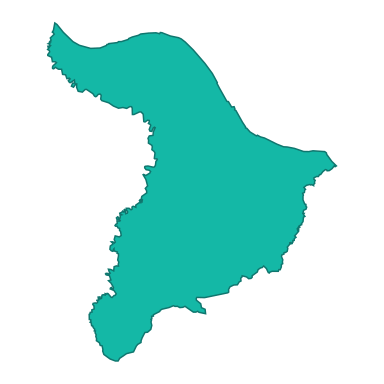 the district of Karawang, Jawa Barat, Indonesia
{"feature_id": "22746128B53840275251202", "entity_name": "Karawang", "entity_type": "district", "adm_level": 2, "iso_a3": "IDN", "parent_name": "Indonesia", "parent_adm1": "Jawa Barat", "projection": "orthographic", "projection_center": [107.411, -6.265], "detail": "fine", "context": "isolated", "style": "filled", "palette": "teal", "viewbox_px": 384, "rotation_deg": 0, "n_neighbors": 0, "source": "geoboundaries", "source_scale": "gbopen_adm2", "svg_char_len": 5937}
<svg xmlns="http://www.w3.org/2000/svg" viewBox="0 0 384 384"><path d="M92.8,304.5L93.9,305.8L94.2,308.9L91.8,309.9L92.0,312.1L90.2,312.4L89.9,313.9L89.2,314.3L89.3,319.5L90.7,319.7L90.9,321.4L90.1,322.2L91.2,322.8L91.6,325.7L92.6,325.9L93.3,327.7L94.7,329.1L94.3,330.9L95.4,331.0L95.1,332.9L96.2,334.8L95.8,336.3L96.6,338.7L96.4,340.7L99.4,342.7L100.2,345.4L102.1,345.8L102.9,349.6L102.7,351.1L103.9,354.5L110.1,359.0L115.4,361.0L118.1,361.0L119.7,358.3L126.6,353.6L133.5,351.9L136.3,346.1L137.7,344.4L141.0,342.5L141.1,340.7L142.1,337.9L144.9,332.5L147.6,332.2L150.8,329.4L151.8,325.4L151.0,322.0L151.6,319.8L151.0,319.3L151.9,318.3L151.6,316.3L153.4,316.1L153.4,314.7L159.7,311.5L160.3,310.3L162.0,309.2L169.2,307.5L173.4,305.7L175.0,306.4L177.5,306.3L179.8,307.6L182.9,307.3L185.0,306.3L193.3,312.1L195.9,312.1L197.7,311.3L199.0,312.3L205.6,313.7L205.1,309.3L201.5,307.7L200.7,303.7L196.4,300.2L196.2,298.6L196.8,297.4L204.6,297.6L227.8,292.8L228.7,292.1L228.6,289.4L230.0,286.8L233.8,285.0L237.4,284.8L239.2,281.9L241.0,281.0L240.7,278.3L242.1,276.8L242.2,275.8L246.5,276.9L248.7,278.7L251.0,278.4L252.1,277.4L252.2,275.7L257.3,272.0L258.1,269.6L260.7,267.8L262.1,267.6L263.7,266.0L266.4,268.6L268.3,272.6L269.3,273.0L269.8,272.2L272.1,271.3L278.3,271.3L278.9,269.6L280.2,269.7L281.3,267.0L281.4,264.5L282.7,263.7L282.4,261.8L282.8,259.8L281.5,256.6L281.7,255.1L284.0,254.0L283.8,253.1L284.4,252.5L285.5,252.5L287.2,251.3L287.8,248.4L287.3,247.1L289.8,244.2L289.8,242.8L290.6,242.6L291.0,243.8L292.2,243.5L292.3,242.4L293.0,242.0L292.9,240.5L294.2,240.4L294.3,238.6L296.0,237.3L294.7,235.9L298.6,231.3L298.7,229.4L297.6,230.2L297.3,228.8L298.5,228.6L298.8,227.5L299.8,227.1L299.4,226.6L298.5,227.0L299.2,225.8L301.6,224.7L301.2,224.2L303.0,221.6L303.5,217.1L304.9,216.4L303.5,214.6L304.2,213.4L302.9,213.3L303.6,210.3L306.0,209.2L306.7,207.1L306.0,206.5L305.9,204.4L304.7,204.0L303.0,199.8L303.0,196.1L303.4,195.1L302.6,193.3L304.4,192.5L304.7,190.0L305.5,189.4L303.9,187.4L306.5,185.3L309.8,184.5L310.8,185.0L311.7,184.6L313.6,185.6L313.5,184.6L314.7,183.4L314.5,181.9L315.2,180.3L313.9,179.4L314.0,177.8L316.5,176.5L318.4,176.5L319.6,174.6L320.6,174.6L322.9,171.6L325.4,169.6L326.7,169.9L327.1,170.8L329.3,170.6L332.1,168.6L334.4,165.7L335.1,166.7L336.4,165.9L331.8,161.4L326.7,154.4L326.4,152.9L324.7,151.6L313.0,150.8L308.8,151.6L303.6,151.5L294.5,148.4L287.3,147.0L283.6,146.8L277.0,144.2L264.5,138.0L260.5,136.9L257.4,135.2L256.4,135.9L250.1,132.0L246.7,128.2L245.5,127.9L245.5,126.8L242.4,122.1L235.9,110.5L234.6,109.8L234.9,108.8L234.1,106.7L231.6,107.0L228.4,101.6L226.9,101.4L219.2,87.7L216.9,83.2L217.3,82.6L212.3,73.4L204.9,63.4L193.3,50.0L185.2,42.0L181.2,38.9L178.6,37.7L170.4,36.0L161.9,32.7L160.3,32.5L159.6,33.7L156.0,32.8L148.7,33.1L140.7,34.0L138.4,35.3L132.2,37.0L128.8,38.5L128.1,39.5L121.4,41.6L118.6,41.6L117.3,42.6L108.8,43.6L108.7,44.1L106.9,44.5L106.4,45.5L100.1,48.0L90.7,48.4L79.4,45.3L73.0,41.7L63.3,32.3L57.0,24.5L54.8,23.0L53.3,31.0L52.6,31.3L52.4,32.4L53.3,32.7L54.2,34.2L50.3,38.0L51.1,40.1L49.8,41.6L50.6,42.0L48.3,43.6L49.8,43.9L49.3,45.1L50.5,45.7L49.4,46.7L47.9,46.4L48.1,47.2L49.1,47.6L47.6,49.5L49.3,50.5L49.7,51.9L47.8,54.5L47.8,55.5L51.6,57.3L52.4,61.7L55.5,61.8L56.5,62.7L53.1,65.7L52.5,67.0L52.6,68.5L53.7,68.8L55.4,67.3L58.4,69.2L61.6,69.3L62.6,74.4L65.6,74.8L66.9,78.7L69.4,78.2L70.1,78.9L68.3,80.7L69.5,82.5L70.5,82.6L74.4,80.0L74.8,83.1L72.6,83.2L71.4,86.2L73.5,87.2L75.8,84.0L76.7,83.9L76.6,87.3L78.2,91.3L82.4,92.1L85.1,89.5L86.5,89.4L92.9,93.7L94.5,96.1L95.5,96.7L96.5,96.4L98.2,94.4L100.0,94.0L101.2,95.3L100.7,99.1L101.8,100.6L108.7,102.8L113.4,106.0L118.5,108.2L122.9,107.5L126.7,108.4L129.8,106.6L131.5,106.7L132.2,108.1L132.4,114.5L133.9,114.5L139.6,111.9L141.1,112.0L143.2,114.2L143.8,121.6L145.0,122.0L147.6,120.2L149.3,120.5L149.3,121.7L148.4,123.5L150.4,124.5L150.7,125.5L149.2,129.4L149.9,131.1L151.7,131.4L153.3,127.9L154.4,127.2L155.2,127.7L153.4,131.7L153.0,135.4L149.3,135.9L148.0,138.3L148.6,140.3L148.4,143.1L151.8,145.3L152.3,146.8L151.9,149.7L154.1,151.4L155.0,153.0L154.3,158.4L154.9,158.9L156.9,158.8L157.3,159.6L155.9,161.5L155.4,165.4L154.4,166.9L153.3,167.2L148.0,166.0L145.2,166.3L144.7,166.8L144.7,167.9L146.1,169.7L149.1,170.2L150.6,171.5L149.8,173.1L145.8,175.5L143.7,174.4L143.1,174.7L145.9,179.5L147.6,185.9L145.3,188.4L146.6,190.8L146.7,192.9L141.8,196.4L141.2,199.0L142.4,199.7L142.0,202.0L141.3,201.8L140.8,200.0L140.1,199.7L139.4,200.6L140.6,202.7L139.0,202.8L135.8,205.1L135.8,207.3L133.7,206.3L132.5,206.5L132.0,207.1L132.1,209.1L131.0,209.8L129.1,208.3L126.2,208.3L126.2,209.4L127.7,211.9L127.3,213.2L125.7,213.7L125.5,210.3L124.5,209.5L124.1,209.9L124.5,211.9L123.5,212.0L122.6,211.1L121.7,212.3L119.7,213.2L119.9,214.0L121.7,214.8L120.1,215.3L120.3,217.1L119.8,218.5L118.7,218.6L118.5,217.4L117.7,216.8L116.4,217.9L117.0,219.5L119.3,219.5L120.2,220.7L119.7,221.1L117.0,221.1L117.3,223.5L115.7,224.4L115.0,225.6L115.6,226.2L117.1,226.2L118.0,227.9L119.6,228.4L119.5,230.2L120.6,231.7L121.2,235.5L119.3,236.9L115.2,235.9L114.2,239.4L115.3,242.1L114.3,243.1L112.9,241.8L111.3,241.9L112.6,243.1L112.8,244.2L110.3,246.0L109.9,249.3L111.3,250.8L112.8,251.3L113.4,251.0L113.4,249.3L114.0,248.7L114.0,250.1L114.9,251.3L117.3,251.9L117.1,253.3L118.4,253.7L118.5,255.8L117.7,260.0L118.8,262.1L118.2,264.3L118.5,266.1L116.3,265.9L114.1,266.7L113.7,270.9L110.8,269.5L108.4,269.2L109.4,272.3L110.2,273.2L109.2,274.1L107.5,273.4L106.1,273.3L105.5,273.9L106.2,274.9L109.4,275.5L110.9,280.0L108.5,280.7L111.1,283.2L113.5,287.5L113.2,289.2L112.0,288.6L111.5,287.5L110.5,288.0L110.2,288.9L114.0,290.5L116.2,293.8L115.2,295.4L114.2,295.4L112.1,297.5L111.2,297.3L108.0,293.6L107.1,293.4L106.7,294.1L105.1,293.6L105.2,295.0L103.1,294.7L102.0,295.2L101.5,298.4L99.2,299.1L99.1,298.4L100.1,297.8L100.0,296.9L98.1,297.1L98.6,300.1L96.3,300.3L97.7,300.8L97.5,302.5L96.3,303.3L95.2,302.9L93.1,303.4L92.8,304.5Z" fill="#14b8a6" stroke="#0f766e" stroke-width="1.5"/></svg>